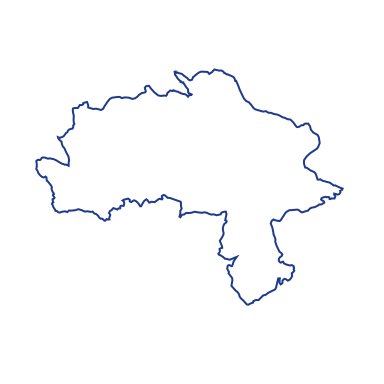 outline of Hopang, Shan, Myanmar, rotated 169°
{"feature_id": "60261553B42594704122339", "entity_name": "Hopang", "entity_type": "district", "adm_level": 2, "iso_a3": "MMR", "parent_name": "Myanmar", "parent_adm1": "Shan", "projection": "natural_earth1", "projection_center": [98.938, 23.1], "detail": "fine", "context": "isolated", "style": "outline", "palette": "blue", "viewbox_px": 384, "rotation_deg": 169, "n_neighbors": 0, "source": "geoboundaries", "source_scale": "gbopen_adm2", "svg_char_len": 6030}
<svg xmlns="http://www.w3.org/2000/svg" viewBox="0 0 384 384"><g transform="rotate(169 192 192)"><path d="M277.9,300.4L281.7,300.1L282.2,298.8L283.7,298.3L285.5,298.8L287.9,296.3L291.2,296.8L292.9,296.7L293.4,295.3L293.6,293.0L293.5,289.3L294.3,286.3L294.8,283.1L294.5,281.2L295.9,280.1L296.1,278.6L297.2,277.0L298.7,277.1L300.5,276.8L301.8,276.1L303.1,274.4L304.5,273.9L307.1,271.4L308.7,270.8L311.6,270.4L313.1,271.4L313.0,270.3L312.5,268.9L310.4,266.2L310.6,264.4L310.2,261.6L308.9,259.3L307.7,254.2L306.5,250.5L306.6,246.4L307.3,245.1L308.1,241.3L310.1,242.8L311.8,243.1L313.0,244.1L314.5,244.7L319.2,249.0L321.6,250.7L325.7,252.3L326.9,252.1L329.9,253.9L332.2,254.4L332.9,254.2L334.6,252.5L335.6,252.5L336.6,253.0L337.8,252.8L339.0,252.0L339.0,249.5L339.5,246.6L340.5,244.3L339.6,242.3L339.2,239.8L337.9,237.4L336.6,235.7L335.0,234.6L334.1,234.6L332.9,235.1L332.1,234.2L332.4,230.9L331.3,229.5L328.9,224.9L328.7,223.2L329.2,222.5L329.2,221.0L328.8,218.7L328.0,217.1L327.9,216.3L328.8,216.0L329.2,215.2L328.0,212.8L328.5,212.0L330.3,211.5L330.3,209.8L330.1,208.3L331.2,207.9L331.8,206.9L331.3,206.0L330.8,203.1L329.8,200.8L329.6,199.5L328.3,199.1L327.2,197.7L325.8,197.0L323.5,197.4L320.4,197.3L318.2,196.1L316.2,197.3L314.4,196.8L310.1,196.4L306.8,196.8L303.6,195.1L300.9,193.2L298.0,193.0L295.7,191.9L293.3,191.7L292.1,189.7L290.0,188.4L288.6,186.4L287.8,184.3L286.8,183.2L285.5,183.1L284.4,182.0L283.5,180.6L282.6,180.4L281.0,181.7L279.7,181.0L278.3,180.8L278.2,182.3L276.6,185.1L277.5,187.3L276.0,189.1L274.5,189.5L273.2,190.6L272.2,191.2L268.5,189.0L267.4,189.9L265.6,189.7L265.1,191.7L264.0,192.1L261.9,191.4L261.1,192.5L260.7,194.0L260.8,195.8L261.8,196.9L260.4,197.4L256.0,197.7L254.6,196.3L254.9,194.7L253.7,193.7L250.8,194.9L249.2,194.2L247.5,192.2L246.5,190.3L245.6,187.9L244.8,187.7L241.8,191.2L240.4,192.5L238.1,193.5L237.3,192.5L236.1,189.8L235.2,189.7L233.8,190.2L230.6,189.2L226.0,191.4L224.9,191.5L224.1,190.9L222.8,190.5L222.1,191.3L222.6,192.4L222.3,193.9L220.2,194.5L218.9,193.5L217.0,190.9L214.9,190.4L205.0,184.6L204.9,183.6L205.5,180.2L205.3,177.7L207.0,175.9L207.6,173.0L209.0,170.1L208.2,169.4L207.0,170.8L205.9,171.5L203.8,171.5L201.7,172.6L198.6,171.8L195.8,171.8L193.0,172.1L189.6,170.7L186.3,169.7L183.6,169.7L181.1,168.6L179.4,167.2L177.3,166.1L175.0,166.0L172.4,164.5L168.1,164.6L167.1,166.1L166.1,166.3L163.8,166.5L162.5,166.2L162.4,163.6L164.8,158.0L163.7,157.3L163.6,156.4L164.4,155.5L166.5,154.4L167.9,152.3L168.7,150.3L168.9,148.5L168.8,145.6L169.4,144.0L171.0,141.9L174.0,138.8L172.9,132.8L173.0,131.4L174.7,131.3L175.8,130.9L175.9,128.7L176.5,127.5L177.9,126.4L177.6,125.4L176.1,124.4L174.0,122.4L172.2,120.1L171.1,119.9L167.9,118.3L160.4,119.8L164.3,116.1L165.7,113.3L166.8,111.7L167.5,111.7L168.8,112.9L169.9,113.2L171.0,112.8L172.1,110.0L171.0,106.4L171.6,105.1L169.0,99.9L169.2,97.6L171.2,92.4L168.2,87.2L166.3,84.9L165.3,82.6L165.2,80.2L164.1,78.0L162.3,75.6L159.6,71.1L158.2,70.6L156.3,71.3L153.1,71.8L152.7,73.1L150.0,73.8L147.3,73.2L141.9,76.9L139.5,77.0L136.1,78.6L129.0,80.5L127.7,82.2L123.9,90.7L122.3,90.5L123.4,86.3L122.6,84.4L120.7,85.2L120.0,87.8L118.1,89.1L116.6,88.6L114.8,86.7L112.8,87.3L111.2,88.6L109.7,90.4L109.7,92.6L109.5,93.3L108.9,93.4L106.6,95.2L106.9,96.6L106.5,97.4L106.7,98.1L106.3,98.5L106.5,100.0L108.0,101.2L110.1,101.2L113.4,102.9L115.4,104.4L115.8,106.2L116.4,106.3L118.3,105.7L118.8,106.0L119.5,106.9L119.9,108.1L119.4,109.9L118.3,111.1L116.3,112.0L115.2,113.4L116.1,115.3L117.5,116.6L119.1,122.6L119.8,127.3L119.1,129.5L119.5,132.5L120.1,135.1L119.9,135.7L119.9,141.6L120.7,146.0L119.9,147.5L118.9,148.7L117.2,149.5L115.6,148.3L111.5,146.7L110.0,147.7L104.3,153.6L103.0,154.5L100.0,155.5L91.8,154.6L90.6,153.8L89.2,152.0L87.8,151.0L82.4,151.6L81.9,151.5L79.3,153.3L77.4,153.8L74.4,153.7L71.2,154.6L69.5,155.5L67.3,155.1L64.2,156.3L64.5,157.9L66.2,159.2L66.7,160.0L66.2,161.0L65.0,161.6L61.8,161.8L60.5,161.1L59.5,161.1L58.3,160.7L58.3,158.9L57.6,158.6L56.3,159.1L53.4,158.4L52.1,160.4L52.1,161.4L53.0,162.2L52.7,163.3L49.4,161.7L48.5,161.7L47.4,162.2L46.5,163.2L46.4,164.8L44.2,165.5L43.5,166.6L45.6,167.8L50.2,171.2L51.6,171.3L54.8,174.8L61.8,178.2L63.7,180.0L64.8,179.9L66.3,180.2L67.0,186.0L68.1,188.2L71.5,190.5L74.7,193.9L76.2,194.4L76.6,197.5L76.5,199.5L76.1,201.2L75.6,202.3L72.6,205.1L68.3,207.7L61.0,210.7L59.7,211.9L57.3,215.7L57.1,221.6L57.8,224.0L61.6,227.2L63.4,230.4L63.6,234.0L64.9,237.0L65.8,237.0L67.8,237.6L69.3,237.0L69.9,236.3L71.8,236.7L74.2,235.6L76.4,235.6L77.0,236.1L79.2,240.9L81.5,244.2L82.2,244.6L84.3,245.2L87.1,247.4L88.5,247.8L91.5,250.4L93.3,251.6L97.0,253.1L99.0,254.5L101.6,255.2L102.6,255.8L103.9,257.2L107.0,257.4L114.2,261.1L115.6,262.7L117.7,267.1L118.3,267.7L118.7,268.9L121.5,271.0L123.2,273.9L125.6,283.0L126.4,287.9L127.5,292.8L128.4,292.8L128.6,295.5L129.5,297.1L131.3,298.5L134.7,300.7L135.6,300.9L136.6,302.2L137.6,302.5L138.2,304.1L140.0,305.7L142.3,306.0L146.7,308.0L147.3,307.3L148.4,306.9L149.2,306.0L152.5,304.6L153.1,305.3L153.2,306.1L153.9,306.9L159.9,308.4L162.3,308.0L165.9,306.3L167.8,305.1L168.9,304.7L170.6,302.2L172.6,302.0L173.9,302.9L174.8,304.6L178.0,308.0L179.4,309.9L182.3,311.2L183.4,312.1L184.3,311.8L185.0,312.1L185.0,313.4L186.1,313.3L186.2,310.1L185.1,308.2L184.5,306.3L183.2,304.2L181.9,303.0L182.3,302.3L181.9,301.8L179.6,301.3L179.8,300.3L179.1,299.6L178.0,296.7L176.4,293.6L176.5,291.9L176.8,290.9L176.5,290.0L175.4,289.0L173.7,287.8L174.2,287.3L176.6,287.5L177.7,286.3L179.0,288.4L180.7,289.6L181.5,289.7L184.1,291.0L184.4,291.6L185.2,291.8L186.7,293.1L189.2,294.2L190.1,295.0L190.9,295.4L191.5,294.7L194.0,295.8L197.3,293.8L198.1,292.2L199.0,291.4L201.4,292.1L203.7,292.1L206.7,293.2L209.8,296.8L212.6,301.4L214.0,304.5L217.0,304.6L218.5,303.2L218.1,299.6L219.1,298.7L222.3,298.7L225.4,297.5L227.4,296.0L230.1,294.8L232.9,294.8L236.1,296.7L240.0,297.7L243.1,297.6L244.7,299.1L246.8,299.5L252.5,299.8L254.8,299.1L257.6,296.8L261.7,292.7L263.5,290.5L265.7,289.9L270.2,292.1L273.1,292.3L277.8,294.8L277.3,297.1L277.9,300.4Z" fill="none" stroke="#1e3a8a" stroke-width="2"/></g></svg>